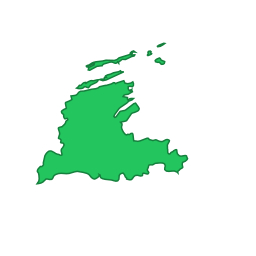 outline of Zadarska, rotated 118°
{"feature_id": "HRV-1493", "entity_name": "Zadarska", "entity_type": "County", "adm_level": 1, "iso_a3": "HRV", "parent_name": "Croatia", "parent_adm1": "", "projection": "equal_earth", "projection_center": [15.553, 44.407], "detail": "fine", "context": "isolated", "style": "filled", "palette": "green", "viewbox_px": 256, "rotation_deg": 118, "n_neighbors": 0, "source": "natural_earth", "source_scale": "10m", "svg_char_len": 5921}
<svg xmlns="http://www.w3.org/2000/svg" viewBox="0 0 256 256"><g transform="rotate(118 128 128)"><path d="M144.2,62.9L143.9,63.8L144.2,66.9L145.6,69.3L147.1,71.5L148.0,73.9L147.5,76.0L145.9,76.8L143.9,77.3L142.5,79.0L142.7,81.1L143.7,83.2L146.1,86.9L146.6,87.5L148.9,88.9L149.6,90.1L150.2,91.3L151.0,92.1L152.4,91.9L153.3,91.6L155.0,91.5L155.9,91.3L156.6,90.5L157.1,89.4L157.7,88.7L158.9,88.7L159.6,89.4L160.5,92.9L161.2,93.6L162.0,93.4L162.8,93.0L163.5,93.1L164.5,94.4L165.3,97.5L166.5,99.2L167.5,99.8L168.7,100.1L171.0,100.4L172.2,101.0L172.9,102.1L173.4,103.7L173.7,105.3L172.8,105.8L172.4,107.4L170.8,109.3L170.1,111.3L172.0,113.2L174.0,113.5L177.5,112.0L179.5,112.3L180.6,113.7L181.2,115.9L181.7,118.3L184.1,124.3L184.7,126.7L184.7,128.6L184.2,129.5L182.7,130.5L182.7,131.4L183.0,131.0L184.1,131.1L185.8,131.5L187.8,132.7L188.8,133.6L189.1,134.9L188.9,136.9L188.5,138.0L187.6,140.0L187.3,141.3L187.4,143.2L188.3,147.1L190.1,152.4L191.7,154.5L195.8,158.7L197.2,160.9L199.4,165.8L200.8,167.9L202.6,169.7L203.7,170.4L204.6,170.9L205.6,171.0L208.1,170.9L209.1,171.2L210.3,173.1L210.8,174.9L211.5,176.4L215.7,177.8L217.4,179.0L218.9,180.7L219.9,182.1L216.8,181.8L214.5,182.6L211.3,184.6L209.6,186.1L209.2,187.3L208.8,187.7L207.8,188.1L206.1,188.1L203.1,187.3L202.5,186.0L201.2,185.5L200.6,185.4L200.1,185.5L199.6,185.7L198.6,186.4L191.7,188.3L189.7,188.3L188.0,188.0L185.9,187.2L184.9,186.1L184.4,185.0L184.3,184.0L184.3,181.6L184.5,179.8L184.3,178.1L183.8,176.6L183.9,175.4L183.8,174.9L183.1,173.8L182.1,174.0L179.6,176.2L178.5,176.7L177.7,176.8L175.8,176.4L173.4,176.4L172.8,176.6L172.5,176.9L172.1,177.6L171.9,178.1L172.0,178.9L172.5,180.0L172.5,180.4L172.2,180.8L170.5,181.2L169.9,181.8L169.6,182.6L169.8,184.4L169.4,184.7L165.9,185.4L165.2,185.6L163.7,186.7L161.8,188.7L161.2,189.2L160.8,189.4L160.5,189.4L159.9,189.1L157.7,186.8L154.3,185.7L153.1,185.6L151.2,185.9L150.7,185.8L149.3,185.1L148.9,185.1L148.6,185.2L148.1,185.9L148.0,186.2L148.2,186.6L149.5,187.9L149.5,188.2L149.3,188.7L148.5,189.8L147.9,190.3L146.6,191.0L146.3,191.4L146.0,193.1L145.6,193.7L144.9,194.4L144.3,194.5L143.7,194.4L141.8,193.4L139.7,191.8L139.4,191.8L135.8,194.7L135.2,195.0L134.7,195.0L131.3,192.2L129.2,190.9L126.5,193.4L124.4,190.5L123.2,189.2L121.8,188.6L120.4,188.4L119.5,188.2L118.8,187.8L117.8,187.1L116.2,184.4L111.0,178.5L108.5,175.0L106.8,173.3L104.9,172.5L100.9,167.9L100.9,167.5L96.7,163.2L95.6,162.6L94.7,161.9L94.3,161.0L94.7,159.8L93.2,158.8L88.2,153.9L89.8,151.7L89.0,149.0L87.0,146.6L85.0,145.4L86.1,144.1L87.9,143.2L89.5,143.4L90.2,145.8L91.3,147.2L93.3,146.3L94.3,144.4L92.1,142.8L92.9,142.6L93.0,142.4L93.4,142.8L94.2,142.8L93.7,141.3L93.4,140.8L98.1,143.7L100.0,146.2L101.1,147.0L102.6,147.1L101.3,142.8L102.1,142.6L102.6,142.2L103.3,141.1L102.0,140.7L101.0,139.8L100.1,138.5L99.4,137.0L101.2,137.6L103.9,139.9L106.6,140.8L113.4,144.4L114.9,145.0L122.4,146.1L124.5,145.9L124.8,144.5L123.5,143.7L117.2,142.8L116.7,142.4L113.9,139.0L113.1,138.5L103.8,134.3L102.5,133.0L104.6,128.7L105.0,128.1L105.7,127.2L106.5,127.0L107.3,127.0L108.0,127.2L109.1,127.9L111.2,129.6L112.6,131.1L113.6,131.7L122.2,132.7L123.3,133.7L126.4,137.3L127.2,135.2L128.4,134.6L129.3,134.5L130.5,134.0L131.6,133.1L133.1,131.2L133.9,129.9L134.5,128.5L134.9,127.3L134.9,126.4L134.8,126.0L133.7,125.3L133.5,124.9L133.3,124.0L133.1,123.7L131.4,122.8L131.0,122.2L130.7,121.6L131.0,121.0L131.8,120.3L136.6,117.0L135.1,113.0L133.7,111.3L128.0,106.3L127.6,105.5L127.6,104.9L128.1,104.1L128.2,103.8L127.4,100.2L126.9,99.6L125.5,98.1L125.2,97.3L125.1,95.0L124.7,93.1L124.2,91.9L123.6,91.1L121.4,89.6L120.7,89.1L119.8,88.1L119.5,87.0L119.5,85.9L119.7,85.5L120.4,85.3L123.8,85.3L124.6,85.2L125.2,84.9L126.3,84.2L127.4,83.7L128.3,82.9L131.0,81.4L131.5,80.7L131.7,79.8L131.6,79.2L131.3,78.9L129.7,78.6L129.1,78.4L128.1,77.5L126.5,76.9L125.0,75.9L124.5,75.3L124.4,74.9L124.6,74.6L126.5,73.3L127.7,72.1L128.4,69.8L128.1,68.1L125.6,64.8L125.3,64.2L125.2,63.7L125.2,63.3L125.3,63.1L126.1,62.4L127.0,61.1L127.6,61.0L128.5,61.1L130.5,61.9L132.5,63.5L133.3,63.6L135.1,62.8L136.8,61.3L137.2,61.2L137.7,61.3L139.9,62.7L141.3,63.0L142.1,63.5L143.4,63.5L144.2,62.9ZM88.2,184.4L95.0,188.9L95.4,190.4L93.0,191.1L88.3,187.6L87.1,187.9L87.5,188.3L88.2,189.5L90.6,191.2L91.1,191.7L91.9,192.2L92.6,192.1L93.1,192.2L93.4,193.3L92.9,193.9L92.0,193.4L91.1,192.5L90.8,192.1L87.4,190.2L86.0,189.0L84.6,187.4L80.8,181.9L78.5,179.3L74.7,171.7L72.8,169.9L70.2,168.8L62.1,160.7L61.9,159.3L61.4,158.2L60.2,156.4L60.7,156.3L61.5,156.4L63.3,158.4L68.7,162.4L70.1,165.4L70.9,165.8L72.2,166.2L73.0,166.9L73.9,167.3L75.2,166.6L74.5,168.3L75.8,168.5L76.6,169.2L77.0,170.4L77.1,172.1L77.5,173.6L78.4,174.9L82.8,179.4L83.9,180.0L85.3,180.1L85.6,180.8L88.2,184.4ZM103.2,182.3L102.7,180.9L100.2,178.1L99.3,176.8L101.1,176.8L102.7,177.4L107.7,181.1L111.0,181.8L111.2,182.5L111.5,184.6L111.7,185.3L112.3,185.9L113.6,186.4L114.3,186.9L115.1,187.8L115.9,189.1L116.6,190.6L116.9,192.1L115.5,191.4L113.2,191.0L112.8,190.5L112.7,189.9L112.3,189.5L109.8,188.8L108.6,188.1L107.7,186.9L108.2,186.6L108.4,186.1L107.1,185.6L105.4,184.5L103.9,183.3L103.2,182.3ZM98.7,175.9L97.5,174.7L96.6,173.0L95.7,171.9L94.7,172.5L94.1,172.5L94.0,172.0L93.4,170.8L92.4,172.2L90.6,170.9L88.6,168.7L86.0,166.7L82.8,162.8L81.0,161.5L81.2,161.0L81.7,160.7L80.4,158.1L95.9,169.9L98.0,172.4L98.7,175.9ZM55.4,131.4L56.1,132.6L56.6,134.8L55.6,135.7L54.1,135.2L53.1,134.5L51.4,133.1L51.5,132.1L52.5,130.6L52.1,126.8L52.9,126.5L54.0,126.3L55.1,126.9L55.9,128.0L56.0,129.2L55.2,131.0L55.4,131.4ZM51.7,142.0L53.0,142.9L54.7,144.4L54.5,145.1L53.2,145.1L52.3,145.3L51.7,146.0L50.6,145.8L49.6,144.5L49.8,143.5L50.7,143.5L51.1,143.1L51.1,142.1L51.7,142.0ZM37.8,136.0L40.7,137.8L42.3,139.9L42.0,140.4L40.4,139.6L36.4,136.2L36.1,135.2L37.8,136.0ZM59.5,159.8L60.2,159.3L60.9,159.3L61.5,159.8L62.0,160.7L60.8,161.2L58.8,160.6L57.3,159.2L57.6,157.3L58.1,158.6L58.8,159.4L59.5,159.8Z" fill="#22c55e" stroke="#15803d" stroke-width="1.5"/></g></svg>